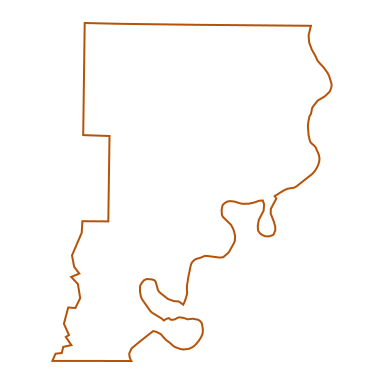 outline of Phillips, Arkansas, United States of America
{"feature_id": "52423323B7472749595525", "entity_name": "Phillips", "entity_type": "district", "adm_level": 2, "iso_a3": "USA", "parent_name": "United States of America", "parent_adm1": "Arkansas", "projection": "equal_earth", "projection_center": [-90.79, 34.382], "detail": "fine", "context": "isolated", "style": "outline", "palette": "amber", "viewbox_px": 384, "rotation_deg": 0, "n_neighbors": 0, "source": "geoboundaries", "source_scale": "gbopen_adm2", "svg_char_len": 2343}
<svg xmlns="http://www.w3.org/2000/svg" viewBox="0 0 384 384"><path d="M310.9,25.8L196.3,24.8L119.3,23.8L84.7,23.0L83.2,135.1L109.5,136.0L108.3,221.4L82.4,221.2L81.7,232.8L72.0,255.4L74.1,266.7L79.3,273.6L71.2,276.9L77.9,284.1L80.2,298.1L75.4,308.0L68.2,307.5L63.9,323.8L69.0,335.0L65.8,337.0L71.4,345.1L63.2,346.9L61.8,353.0L55.5,353.7L52.4,360.9L131.3,361.0L130.8,360.2L129.6,357.0L129.2,353.6L131.6,348.4L139.5,341.8L153.1,331.1L156.2,331.8L160.6,334.0L166.1,340.1L169.1,342.2L173.5,346.1L175.1,347.1L180.4,349.0L183.5,349.5L188.9,348.8L191.7,347.6L193.9,346.2L195.4,344.8L198.6,341.1L201.1,337.2L202.6,333.7L202.9,329.8L202.1,324.4L201.5,322.8L200.3,321.3L198.3,319.8L192.6,318.7L187.8,319.3L183.5,317.9L179.4,317.3L177.7,317.7L175.1,319.3L172.6,319.8L170.6,319.7L168.8,318.1L166.3,318.9L163.8,320.5L161.9,318.7L152.2,312.8L150.2,310.9L142.1,299.4L140.9,296.7L140.0,291.5L140.0,287.0L140.3,285.3L141.7,283.1L143.9,280.3L146.7,279.0L151.9,279.4L154.5,280.3L155.1,280.9L155.9,282.6L157.9,289.9L158.8,291.4L160.6,293.2L168.0,299.0L173.9,301.1L178.9,301.5L180.8,302.9L183.2,304.7L184.6,301.8L185.9,298.1L187.0,294.1L187.2,292.1L186.9,289.6L187.0,285.7L188.4,276.7L190.7,265.6L191.5,263.2L192.7,261.6L194.5,259.9L196.2,258.9L200.1,257.9L204.9,255.9L207.5,256.0L219.8,257.6L223.2,257.2L228.0,253.1L229.2,251.6L233.9,243.2L234.9,240.5L235.1,236.0L234.1,231.7L233.1,228.7L231.0,224.8L223.2,217.2L222.2,215.6L221.9,214.6L221.6,210.4L222.3,206.0L222.9,204.8L224.7,203.1L227.5,201.5L230.5,201.1L234.6,201.6L240.6,203.5L242.7,203.8L248.9,203.7L254.6,202.4L259.3,200.7L262.8,200.5L263.4,202.3L264.1,204.6L263.6,210.7L258.8,219.9L257.8,225.6L258.0,230.2L259.5,232.8L261.5,234.6L265.3,236.3L269.5,236.3L273.4,234.8L274.6,232.0L275.3,230.4L275.3,227.2L273.9,221.7L273.6,221.1L270.7,213.5L270.8,208.9L276.3,198.6L274.7,196.1L283.0,190.9L286.2,189.3L287.8,188.7L294.1,187.7L296.3,186.5L312.4,173.8L315.0,170.8L317.0,167.5L318.3,164.6L319.2,161.6L319.5,158.5L318.8,154.6L315.6,147.3L314.2,145.7L310.9,142.8L310.0,141.2L308.6,135.3L307.9,126.2L308.3,122.1L309.0,118.6L309.5,116.3L311.0,113.8L312.1,108.2L313.4,106.0L317.8,100.5L324.6,96.5L329.2,92.2L330.2,90.5L331.3,87.4L331.6,85.6L331.5,83.8L329.1,75.9L327.5,72.8L323.4,67.1L319.9,63.5L317.4,60.4L315.1,55.4L311.8,49.6L309.1,42.2L308.6,35.3L310.9,25.8Z" fill="none" stroke="#b45309" stroke-width="2"/></svg>